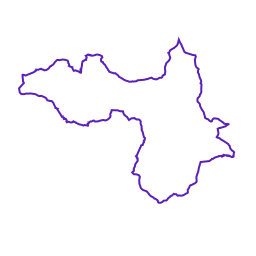 outline of Soars, Brasov, Romania, rotated 170°
{"feature_id": "2599482B91433011273091", "entity_name": "Soars", "entity_type": "district", "adm_level": 2, "iso_a3": "ROU", "parent_name": "Romania", "parent_adm1": "Brasov", "projection": "robinson", "projection_center": [24.929, 45.96], "detail": "fine", "context": "isolated", "style": "outline", "palette": "violet", "viewbox_px": 256, "rotation_deg": 170, "n_neighbors": 0, "source": "geoboundaries", "source_scale": "gbopen_adm2", "svg_char_len": 5836}
<svg xmlns="http://www.w3.org/2000/svg" viewBox="0 0 256 256"><g transform="rotate(170 128 128)"><path d="M203.3,201.4L206.3,201.0L207.8,201.2L208.2,201.4L208.6,200.5L209.2,200.6L209.5,200.1L211.0,199.3L219.7,197.5L219.9,197.5L220.9,198.2L222.1,198.6L222.4,198.7L222.8,198.4L222.7,197.3L223.0,196.2L223.1,193.3L223.3,192.7L223.2,191.7L222.9,191.2L222.7,190.4L228.4,186.0L228.4,181.7L227.1,179.9L224.5,179.4L221.9,179.6L220.2,179.1L218.1,179.0L213.3,177.4L210.7,175.3L209.8,174.8L207.7,174.7L204.0,172.2L203.3,171.4L203.2,170.8L202.6,169.3L200.0,168.1L198.5,167.8L197.2,165.8L195.9,160.5L195.7,160.6L194.7,159.6L193.9,159.2L194.2,158.9L194.2,158.5L194.3,158.5L191.4,151.5L191.2,150.6L190.6,150.6L190.7,150.4L190.7,150.0L190.5,150.4L190.2,150.1L190.1,149.6L189.4,149.2L189.5,148.8L188.6,148.2L188.8,148.0L188.1,148.0L188.1,147.7L187.6,147.5L187.5,147.1L187.3,146.9L187.1,146.4L187.1,145.4L187.5,145.1L187.2,144.3L186.0,144.6L185.3,144.3L185.0,144.3L183.6,143.4L181.8,143.3L181.3,143.8L180.9,143.8L180.5,144.0L180.1,143.4L179.6,143.3L178.9,142.7L178.5,142.6L178.4,142.2L177.5,141.6L176.9,141.0L176.2,140.8L176.1,140.6L175.2,139.9L173.1,139.2L171.6,138.2L170.4,138.5L167.1,137.3L166.8,138.0L167.0,138.7L167.0,139.2L166.0,139.4L165.8,139.8L165.8,140.1L165.6,140.0L164.8,140.6L163.9,141.0L162.9,140.7L161.0,141.3L160.3,141.3L159.6,140.2L156.4,139.7L154.3,140.1L152.0,140.2L150.6,140.1L148.9,139.3L146.9,139.7L145.2,140.6L143.6,141.8L143.1,143.1L143.2,143.9L142.9,145.0L142.2,146.2L141.8,146.4L141.0,148.4L135.1,147.2L132.7,145.8L130.0,145.3L130.0,144.0L129.5,141.9L128.3,140.2L127.1,139.2L125.6,135.7L122.9,136.9L120.7,136.7L120.3,136.4L119.9,136.6L118.1,134.9L115.9,134.5L115.4,134.2L115.0,133.6L114.3,132.3L114.8,130.5L114.7,128.8L114.4,128.0L114.3,126.8L114.7,125.7L114.5,124.7L114.9,123.7L114.9,123.4L114.3,122.0L113.9,116.4L113.2,115.6L113.3,115.3L113.2,115.0L113.3,114.6L113.2,114.5L113.6,113.9L113.7,113.3L114.7,112.8L114.8,111.9L114.6,111.5L114.7,111.2L115.4,110.7L116.5,108.7L117.9,108.7L124.0,99.6L124.9,99.0L124.4,98.5L124.7,98.1L124.4,97.6L124.5,97.1L123.8,96.5L123.9,96.2L123.8,95.9L124.1,95.6L124.2,93.9L127.0,91.2L128.0,88.7L129.3,87.2L129.4,86.4L129.7,85.8L129.5,85.4L129.7,85.2L129.8,84.6L131.6,83.6L131.0,82.5L130.1,81.4L128.9,81.2L127.1,80.6L126.2,80.1L125.2,79.2L124.8,77.6L125.1,77.3L126.1,74.4L126.3,71.8L126.5,71.3L126.0,68.7L126.0,67.6L125.6,66.3L124.5,64.8L123.1,63.8L121.2,62.8L120.2,61.9L118.4,58.4L117.3,56.9L115.0,55.1L114.4,54.0L113.3,53.5L111.5,51.8L111.2,51.0L111.3,50.1L111.0,49.4L110.7,49.1L109.0,48.7L107.0,49.2L105.6,50.2L102.8,50.0L102.0,50.4L100.8,51.7L98.4,53.1L98.2,53.4L96.4,53.9L94.3,55.2L93.8,54.8L92.0,54.4L91.0,52.8L88.8,52.6L87.4,52.1L86.5,52.0L84.9,52.3L82.3,53.3L80.5,53.7L80.3,54.0L79.9,56.7L78.3,58.4L77.1,60.3L76.4,60.8L75.4,60.8L71.6,62.0L70.0,62.9L69.5,64.3L69.3,67.2L68.7,68.9L66.4,72.9L65.1,76.5L62.4,81.9L53.7,81.3L51.2,82.5L50.8,83.0L49.5,82.9L48.5,83.5L47.3,83.9L46.9,83.8L46.1,84.1L44.3,84.2L43.2,84.6L42.9,84.4L40.8,84.3L40.5,84.0L40.4,83.5L38.2,84.1L39.0,84.7L38.7,85.0L37.7,84.5L35.5,83.9L35.5,83.5L35.3,83.4L34.9,83.4L34.4,83.6L34.1,83.1L33.4,83.3L33.1,83.0L33.0,82.7L32.4,82.6L31.2,81.6L30.8,81.4L30.4,81.6L30.1,81.3L29.0,81.5L28.8,82.1L28.9,82.8L28.5,83.6L28.2,84.8L27.7,85.7L28.1,86.5L29.4,87.7L30.5,89.3L30.9,90.8L31.0,92.8L31.7,93.7L32.0,94.7L34.1,96.8L37.2,99.6L38.2,100.3L39.0,101.2L39.4,101.9L42.2,103.4L42.3,103.6L40.9,105.0L39.8,107.0L39.8,111.7L37.9,112.1L36.6,112.1L31.8,112.7L28.9,114.1L27.6,114.2L31.8,115.2L32.6,115.7L33.7,117.3L36.9,120.3L37.4,121.3L41.3,122.5L42.0,122.5L43.4,121.6L44.3,120.0L45.1,119.9L45.8,120.4L46.8,121.4L47.6,122.7L49.2,123.6L50.3,124.5L50.3,125.8L50.7,130.4L52.0,133.3L53.1,136.7L53.1,138.5L53.3,139.7L55.0,142.0L54.5,144.7L54.1,145.3L52.1,146.7L51.2,148.6L51.0,148.8L50.8,148.8L49.5,150.8L49.1,153.7L48.1,157.9L48.1,158.5L48.8,159.4L47.8,161.0L47.8,162.4L48.7,165.5L48.8,168.8L49.5,170.5L49.0,172.2L49.0,172.5L48.2,173.8L50.1,176.0L50.6,177.9L50.6,179.7L50.3,183.7L48.8,186.6L49.1,187.9L51.6,188.7L58.5,192.3L59.3,193.5L59.6,194.6L60.1,197.2L60.5,198.4L61.0,201.0L61.9,203.2L62.6,206.2L64.4,202.2L65.6,200.7L68.3,199.0L72.9,197.3L73.8,196.0L74.6,195.1L75.2,194.9L75.1,194.7L74.8,194.6L74.6,193.9L74.6,192.5L74.2,190.3L74.4,189.4L75.7,187.5L79.1,185.1L79.9,183.4L80.5,182.7L80.6,182.2L81.2,181.0L81.5,176.8L82.4,174.9L82.3,174.5L82.7,174.1L83.5,174.1L84.4,173.7L85.0,173.2L85.1,172.7L85.8,171.9L86.5,171.7L88.0,172.0L91.3,170.9L93.6,171.6L94.6,172.1L96.1,173.5L99.3,173.1L100.2,172.7L101.4,172.9L103.7,172.7L110.4,173.3L111.2,172.7L114.3,172.7L115.3,173.2L116.1,173.0L118.5,173.3L122.8,175.6L126.5,178.9L127.6,179.6L128.0,180.0L128.4,181.2L131.0,184.2L132.4,184.3L136.5,186.5L136.9,187.1L137.0,187.7L137.6,188.8L137.7,189.5L138.9,191.9L139.6,194.1L141.2,196.2L141.2,197.1L141.4,197.4L141.8,197.4L142.7,198.0L142.8,198.3L142.8,199.6L142.5,200.8L141.0,202.1L141.2,203.3L143.1,204.7L145.1,205.6L146.8,205.8L147.5,205.5L150.0,205.4L151.2,205.5L153.5,206.5L153.1,206.7L154.6,207.3L155.9,206.8L156.4,206.4L156.9,206.4L156.7,206.0L156.4,205.9L156.7,205.3L156.5,204.3L157.1,203.8L157.4,202.4L158.0,202.6L159.6,202.2L160.1,201.6L161.0,201.6L161.4,201.2L161.5,200.6L162.1,199.4L162.5,197.5L163.6,195.0L163.6,194.7L164.5,194.2L164.6,193.8L164.2,193.5L164.6,193.0L164.1,192.3L164.3,192.0L164.9,192.3L165.0,191.8L164.6,190.9L164.8,190.6L165.2,190.7L165.9,191.2L166.4,191.9L167.8,192.8L168.3,192.9L169.2,193.7L169.9,193.9L171.5,193.7L172.4,196.2L172.2,197.5L174.3,198.5L175.4,199.4L175.0,199.7L174.9,200.2L175.2,201.8L175.6,202.4L175.4,203.7L175.7,204.8L177.9,206.0L179.4,206.5L181.0,206.8L183.6,206.7L185.7,207.3L186.4,207.1L188.7,205.4L190.6,203.5L192.0,202.9L192.9,202.3L193.6,202.4L195.7,200.6L195.9,200.3L198.3,199.3L200.4,199.3L201.4,200.3L202.2,200.4L202.5,200.8L203.1,201.0L203.3,201.4Z" fill="none" stroke="#5b21b6" stroke-width="2"/></g></svg>